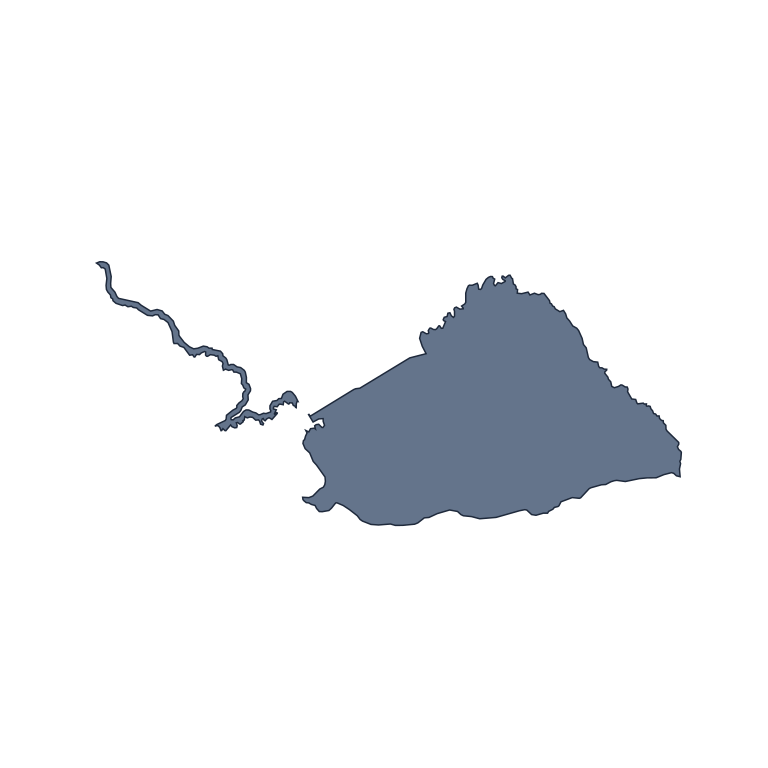 Hatonuevo, La Guajira, Colombia (Robinson projection), rotated 197°
{"feature_id": "7082276B24784892913162", "entity_name": "Hatonuevo", "entity_type": "district", "adm_level": 2, "iso_a3": "COL", "parent_name": "Colombia", "parent_adm1": "La Guajira", "projection": "robinson", "projection_center": [-72.67, 11.096], "detail": "fine", "context": "isolated", "style": "filled", "palette": "slate", "viewbox_px": 768, "rotation_deg": 197, "n_neighbors": 0, "source": "geoboundaries", "source_scale": "gbopen_adm2", "svg_char_len": 6155}
<svg xmlns="http://www.w3.org/2000/svg" viewBox="0 0 768 768"><g transform="rotate(197 384 384)"><path d="M428.7,251.9L427.7,249.8L426.6,249.0L423.7,247.8L421.2,248.3L418.3,247.6L414.4,247.7L412.0,245.2L408.6,243.1L405.8,243.8L399.7,246.9L397.9,249.9L395.7,255.5L395.1,256.4L394.0,256.6L387.5,255.9L380.4,253.8L371.0,250.2L367.3,247.5L364.5,246.6L355.4,245.9L348.0,247.6L336.9,252.0L331.9,252.1L324.8,254.3L313.7,258.9L311.0,261.1L306.3,267.8L302.0,269.5L295.2,275.6L284.4,282.7L276.4,283.6L272.2,281.6L269.6,281.2L261.5,282.8L253.1,283.1L237.8,289.2L217.4,302.4L212.6,305.0L210.6,305.2L204.7,302.3L200.3,302.9L193.8,307.1L189.8,308.3L189.3,310.3L185.9,313.6L185.0,315.8L181.8,317.7L181.1,318.7L180.3,323.1L170.8,330.4L163.8,331.8L162.7,332.6L157.2,343.9L155.9,345.2L146.6,351.2L142.6,352.7L138.5,356.8L135.6,358.8L133.3,359.9L124.7,361.3L112.3,368.1L105.1,371.1L96.3,373.9L89.8,379.2L83.1,383.3L80.8,383.3L77.5,381.7L73.7,381.9L76.6,389.1L77.1,394.6L78.5,396.6L78.1,398.7L79.6,405.4L80.3,406.3L83.2,407.6L85.1,409.8L84.5,412.7L85.1,414.3L99.5,421.8L101.1,423.2L102.4,426.9L105.4,428.5L106.3,430.6L107.9,430.3L110.4,431.6L111.6,433.9L113.5,433.2L115.5,434.7L117.6,434.6L119.3,436.9L121.6,438.4L122.9,440.4L124.5,440.4L126.1,439.6L126.8,439.9L127.2,441.7L129.2,440.9L130.5,441.5L135.6,439.2L136.6,439.8L138.8,442.8L142.7,442.1L148.8,447.8L149.2,450.5L150.5,452.2L152.5,451.7L155.9,452.6L157.2,452.4L159.1,450.2L162.6,447.8L165.5,448.3L167.8,452.4L170.8,454.2L171.9,456.0L176.1,458.9L176.3,460.4L175.1,462.3L175.3,463.2L177.8,462.6L180.3,463.2L182.3,462.6L183.8,463.5L186.0,467.4L190.4,466.6L194.5,467.5L196.3,469.1L201.2,477.7L204.8,480.1L207.9,485.6L213.5,492.0L216.0,493.7L220.5,494.7L224.9,498.5L228.5,500.7L230.8,504.2L233.9,506.9L237.0,504.6L242.1,505.9L243.9,507.7L245.6,507.9L247.3,509.6L248.9,509.9L250.1,512.1L257.5,517.4L260.0,516.7L260.6,515.5L262.7,514.5L266.7,514.8L270.5,511.8L273.1,514.0L278.8,510.6L283.1,509.8L283.9,513.4L285.5,513.6L286.2,515.7L287.6,517.0L289.5,517.5L291.9,522.3L292.8,522.5L295.3,524.9L296.6,524.4L299.0,521.0L301.7,522.0L302.5,521.7L302.5,520.3L301.9,519.5L300.8,518.7L298.3,518.2L298.1,517.5L301.1,514.4L304.6,514.3L306.2,510.5L307.1,510.5L308.6,512.1L308.8,516.7L310.6,517.1L311.7,518.4L313.5,518.0L315.3,516.5L317.0,513.9L318.5,507.5L318.6,503.9L319.4,502.6L321.2,502.4L322.9,506.1L324.3,507.6L328.5,504.2L331.2,503.5L332.0,502.6L332.5,499.4L332.4,494.8L329.7,486.0L330.2,484.1L332.6,481.2L330.5,479.8L330.2,479.1L333.3,477.8L337.3,478.7L338.7,477.5L339.0,475.9L337.8,474.1L336.4,469.5L337.0,468.0L339.5,468.9L341.8,471.4L343.6,470.4L343.4,467.0L345.9,465.4L346.2,462.9L345.6,462.1L343.4,461.7L344.1,454.5L345.5,454.0L347.8,455.9L348.6,455.6L349.8,452.1L350.8,451.0L352.8,450.6L355.6,451.2L356.6,450.7L357.3,448.0L356.1,446.0L356.3,445.3L358.1,444.4L362.2,445.3L363.6,444.2L363.3,438.1L358.4,431.2L352.6,425.3L367.0,416.5L405.9,372.9L409.7,371.2L411.3,369.9L445.1,331.7L446.9,333.0L447.2,332.7L440.7,326.9L436.2,331.5L432.1,333.1L431.2,330.4L428.8,327.1L429.7,324.5L430.7,324.3L434.7,326.4L437.0,325.3L438.1,323.8L436.4,320.9L437.7,321.4L441.2,319.8L441.9,316.2L445.2,316.7L443.3,314.7L443.8,311.2L443.7,307.6L444.5,306.3L444.1,303.4L440.5,299.1L434.9,296.4L429.0,289.2L424.9,286.8L413.2,277.8L411.6,273.8L411.2,270.4L411.8,267.6L414.7,264.8L419.3,256.0L422.6,253.4L428.7,251.9ZM461.1,342.1L465.1,346.4L469.2,349.1L471.2,349.6L474.5,348.6L477.6,344.7L477.9,340.2L480.4,339.2L481.5,337.0L485.5,334.9L486.7,329.9L485.8,326.8L484.5,325.4L484.3,324.1L488.2,321.2L490.7,320.8L493.5,318.4L495.0,317.9L498.1,318.9L501.3,318.8L505.7,319.6L508.3,318.9L510.3,316.7L512.6,310.4L516.3,308.1L517.8,305.6L519.6,305.2L520.3,306.1L520.4,307.3L514.0,314.7L513.2,316.8L512.9,320.6L510.5,323.5L509.2,329.1L510.9,333.8L509.7,338.4L510.2,340.5L513.0,344.2L516.0,345.0L517.5,350.1L520.1,354.8L521.6,356.2L525.9,357.8L529.4,357.4L533.6,358.7L536.2,357.9L537.5,356.7L538.5,356.7L541.4,361.3L542.9,362.6L546.3,363.9L547.1,365.8L550.0,367.6L558.3,366.8L558.9,368.0L561.8,367.1L564.1,367.9L567.9,367.4L572.5,363.8L576.3,362.0L580.9,362.7L587.3,365.4L593.2,369.6L594.4,370.7L595.8,374.7L601.3,378.9L603.8,382.5L610.6,386.3L614.1,386.6L617.5,389.0L622.8,388.9L628.5,385.5L639.2,388.3L642.9,389.9L662.9,388.3L665.0,389.6L668.2,393.2L673.4,396.5L674.8,400.2L676.3,407.0L681.9,417.2L684.7,418.7L688.3,418.7L691.6,417.8L694.3,415.6L691.0,414.5L688.3,412.5L686.5,413.2L684.2,412.4L679.9,403.9L678.6,397.0L677.1,393.3L675.0,391.2L671.7,389.2L670.4,386.7L668.4,386.1L667.5,384.4L663.9,382.8L656.9,382.6L654.7,383.8L651.5,383.0L648.3,384.5L646.2,383.9L642.7,384.4L640.5,383.2L630.3,380.5L625.2,381.5L623.1,383.4L620.3,384.1L616.8,381.2L613.3,381.4L608.5,379.6L602.0,372.1L597.6,362.4L596.6,361.3L593.2,362.4L590.2,360.6L586.1,360.5L578.3,354.7L575.6,356.0L573.5,354.3L572.8,354.5L571.9,357.5L569.0,358.2L567.8,360.3L565.1,362.6L563.9,362.5L563.1,359.5L561.9,358.7L560.8,358.9L558.6,361.3L554.8,361.9L552.7,361.4L551.2,362.4L549.2,358.9L545.4,358.1L543.9,356.5L543.8,353.9L541.6,350.2L539.9,351.9L536.6,351.6L533.8,353.2L532.8,353.2L531.1,351.5L528.5,352.2L524.4,351.8L521.6,347.5L520.5,342.7L518.8,341.7L516.9,339.3L514.8,338.7L515.0,336.4L515.7,335.7L516.2,333.6L515.4,330.5L514.3,328.8L515.0,326.4L517.1,323.6L518.5,320.4L517.9,318.6L518.2,317.5L520.9,314.8L525.5,308.0L524.7,304.3L525.1,302.7L532.0,296.4L533.4,294.2L531.5,295.4L530.1,295.5L528.2,294.3L526.2,291.7L525.6,292.0L525.0,294.2L522.4,292.9L521.6,293.1L518.7,300.0L516.9,298.7L513.9,298.4L512.1,299.3L512.2,301.2L513.9,303.8L512.7,304.4L510.4,303.5L509.6,303.7L507.6,306.8L508.2,307.8L507.1,308.7L507.6,312.1L504.9,311.6L502.6,313.2L499.9,313.7L496.1,311.9L493.5,313.0L492.1,312.1L490.3,309.5L487.8,309.4L487.6,310.9L490.3,312.8L490.2,315.1L489.4,315.7L487.9,314.2L486.9,314.1L485.9,316.4L484.1,318.2L480.8,317.3L477.5,324.5L477.6,325.1L478.3,325.2L479.7,323.2L480.1,323.4L479.5,327.9L482.4,327.8L482.8,328.8L482.5,330.5L479.5,331.0L478.4,333.9L477.5,334.4L474.3,334.7L474.8,337.6L474.0,338.5L469.5,336.9L468.9,337.3L468.7,338.5L466.1,339.0L464.5,337.0L462.2,336.7L461.8,335.8L461.0,335.7L462.1,339.5L462.0,342.0L461.1,342.1Z" fill="#64748b" stroke="#1e293b" stroke-width="1.5"/></g></svg>